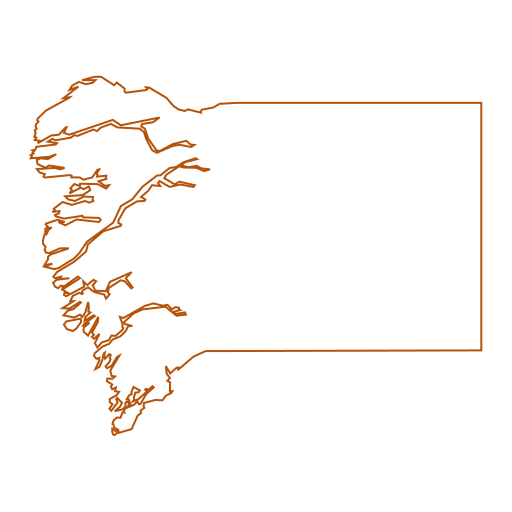 outline of Qeqqata Kommunia
{"feature_id": "GRL-2741", "entity_name": "Qeqqata Kommunia", "entity_type": "state/province", "adm_level": 1, "iso_a3": "GRL", "parent_name": "Greenland", "parent_adm1": "", "projection": "mercator", "projection_center": [-52.028, 66.171], "detail": "fine", "context": "isolated", "style": "outline", "palette": "amber", "viewbox_px": 512, "rotation_deg": 0, "n_neighbors": 0, "source": "natural_earth", "source_scale": "10m", "svg_char_len": 5866}
<svg xmlns="http://www.w3.org/2000/svg" viewBox="0 0 512 512"><path d="M118.5,432.9L118.4,431.1L114.6,435.2L113.2,434.5L112.1,431.4L112.3,428.8L115.3,431.1L117.5,429.5L114.0,427.4L113.5,424.4L112.5,423.9L113.6,420.3L117.0,417.5L120.5,417.7L122.5,412.4L124.3,412.6L123.7,411.6L125.2,408.4L133.9,404.9L137.3,401.4L139.0,404.3L140.7,403.7L145.9,394.4L153.7,387.4L152.5,386.2L148.9,389.6L145.7,388.9L145.2,389.8L147.2,391.2L138.4,399.1L133.0,401.4L134.3,399.5L133.8,397.6L135.4,392.6L138.6,392.4L139.8,390.4L133.5,387.0L131.4,392.4L131.7,394.0L129.0,395.5L126.8,399.1L128.6,399.3L130.5,404.3L128.6,404.9L129.3,403.5L126.9,401.4L125.4,403.0L125.6,406.5L122.3,409.4L114.8,411.2L119.9,406.8L122.1,402.8L117.0,397.9L116.2,399.1L117.6,402.5L111.3,410.8L109.4,408.7L112.5,404.3L109.8,402.2L109.7,399.1L116.7,395.2L119.0,391.8L115.0,391.2L115.8,387.5L112.3,389.3L110.9,386.8L112.2,384.5L107.0,381.3L107.2,378.6L112.5,378.7L115.0,376.5L111.6,375.9L110.3,370.6L119.3,355.7L117.0,357.0L111.6,365.8L107.1,368.2L105.6,366.4L109.5,361.9L110.6,359.1L109.7,357.9L110.7,354.9L109.1,354.2L105.1,358.7L104.3,356.0L104.8,352.7L103.7,353.6L102.4,359.8L99.5,366.8L95.4,369.1L99.5,360.1L98.6,359.4L99.2,357.9L96.4,358.7L93.9,355.7L94.8,353.2L102.3,346.7L109.1,343.8L112.7,339.5L120.4,336.3L125.6,331.1L128.1,326.3L132.4,325.9L124.9,324.0L124.0,322.2L133.7,313.3L142.6,309.4L165.5,306.7L176.5,315.7L185.9,314.6L185.0,312.4L175.1,314.0L174.2,311.6L180.1,310.1L178.8,309.4L179.1,307.8L175.3,307.2L172.0,309.4L167.4,304.8L162.8,305.7L153.4,303.4L144.8,305.9L123.4,318.0L119.9,316.9L122.6,324.3L122.4,327.3L123.3,328.1L122.7,329.6L115.5,335.9L111.4,335.6L108.9,340.1L101.9,342.4L97.3,347.5L94.9,343.1L99.5,333.8L94.1,338.8L91.8,336.8L93.9,334.9L92.0,332.6L97.8,322.1L98.3,316.9L88.0,335.6L83.8,331.9L83.4,330.1L84.0,327.3L89.6,322.8L83.4,325.2L84.5,323.5L94.9,316.1L93.7,315.3L84.6,320.6L85.4,316.9L90.5,312.4L88.3,311.6L88.9,307.9L88.2,302.0L85.3,312.5L82.3,316.9L80.0,314.6L74.3,317.5L63.5,315.4L67.6,310.8L73.5,309.0L80.9,302.6L79.9,301.9L69.3,308.6L62.5,308.2L73.5,301.1L70.3,301.1L72.9,295.8L79.4,292.7L81.9,294.1L82.8,293.5L81.9,292.0L82.8,290.3L88.2,287.4L93.9,291.9L104.3,294.6L106.0,298.7L109.7,294.2L107.8,292.3L108.9,287.9L120.6,280.3L124.7,281.2L131.3,288.4L132.6,287.4L125.8,278.2L131.7,272.2L110.0,281.8L105.8,291.2L95.4,290.7L92.7,285.3L96.1,281.3L93.5,279.8L87.2,285.1L83.3,281.3L84.3,286.6L66.2,296.2L63.9,295.0L64.5,292.9L67.9,293.0L62.3,289.6L80.0,278.2L77.9,276.6L62.6,287.4L62.9,285.9L60.8,285.7L58.1,288.2L55.1,286.7L53.0,282.8L56.7,279.8L69.5,278.2L60.1,279.0L61.1,276.7L55.0,278.2L53.3,276.7L57.1,272.0L74.5,261.5L86.1,251.4L87.9,244.4L103.2,231.3L120.6,225.9L121.2,224.4L118.4,223.1L118.4,220.5L125.2,208.4L137.0,201.4L144.6,200.9L145.3,199.4L141.0,197.0L148.2,190.8L152.0,185.2L160.2,186.0L158.0,182.9L159.5,181.1L169.6,186.9L180.4,184.5L193.5,187.0L194.9,185.2L179.3,181.7L174.7,184.4L164.3,178.2L166.4,174.7L179.1,166.3L183.8,167.5L196.4,167.8L204.0,171.1L210.1,169.4L200.9,168.3L196.9,165.8L188.3,167.2L181.3,165.5L184.7,162.3L197.1,159.1L195.6,158.2L183.1,162.4L176.4,166.9L169.5,168.1L160.4,175.3L156.9,175.6L142.5,186.7L132.5,199.1L120.9,206.1L113.2,222.6L87.0,241.7L79.5,252.9L74.1,258.4L58.4,268.2L54.0,269.1L44.9,266.8L52.4,263.7L44.4,265.2L48.0,259.3L48.0,256.8L50.4,254.6L68.8,248.3L60.1,248.3L48.8,253.2L46.0,252.6L44.6,249.9L45.6,246.8L43.2,244.1L42.9,240.5L44.6,234.5L46.4,234.4L48.7,229.6L51.8,227.4L48.7,228.2L45.3,233.8L45.3,229.0L47.8,226.7L45.6,224.4L46.2,223.5L57.7,219.8L64.8,222.0L58.3,222.0L65.3,225.3L76.5,219.5L98.9,222.0L100.7,219.7L98.9,217.9L83.2,217.4L82.5,215.8L64.1,218.6L55.8,216.4L54.9,215.0L58.9,213.4L59.5,211.1L52.4,211.9L54.9,210.3L53.7,208.8L62.6,202.0L71.9,204.9L84.9,201.0L89.4,202.6L93.3,201.0L92.6,199.3L93.0,197.0L83.9,196.5L75.0,201.0L68.2,199.4L65.1,196.3L82.7,195.1L90.2,190.2L88.8,186.5L83.7,189.2L80.6,187.7L69.5,193.5L71.9,190.0L70.3,188.4L74.3,184.0L79.9,186.1L80.0,183.7L97.5,184.1L106.2,188.6L109.1,185.2L104.7,185.8L98.6,181.3L106.3,178.9L105.7,178.2L106.3,175.7L97.0,176.6L97.5,174.7L96.7,173.5L99.2,169.4L97.5,169.7L92.3,177.4L83.4,179.7L79.7,177.4L71.3,177.4L71.6,175.7L70.0,175.1L45.1,177.5L43.4,176.6L44.9,174.2L39.4,172.3L36.9,169.1L55.2,167.9L60.1,169.4L64.5,167.9L49.0,165.5L45.7,167.7L37.5,164.1L36.8,159.9L40.9,158.3L47.7,159.1L56.4,154.2L49.3,156.8L30.7,158.3L31.9,156.0L30.7,155.2L33.5,153.5L32.6,152.8L34.1,151.1L32.6,150.4L35.4,149.5L36.3,146.8L55.7,144.5L57.0,143.2L47.8,141.6L52.5,138.8L55.4,140.3L71.0,137.6L74.1,135.2L77.5,135.9L93.3,129.5L97.0,131.1L100.7,127.6L110.9,123.9L117.3,127.4L139.8,128.7L143.9,132.0L146.2,138.9L152.2,150.2L156.8,152.8L172.5,146.0L179.7,144.8L191.1,147.0L194.3,145.0L190.5,144.5L186.3,140.8L172.5,144.2L159.7,151.1L156.5,150.4L148.2,138.5L144.9,128.7L141.2,126.4L142.0,124.0L152.8,122.3L159.6,117.5L120.8,125.3L112.8,119.9L69.2,134.7L63.9,132.8L66.6,127.2L65.8,127.3L58.8,134.7L51.3,135.5L37.8,143.2L39.4,140.8L34.7,140.0L36.3,137.6L34.4,136.8L35.6,133.2L34.9,130.1L36.6,128.7L35.6,126.5L35.9,124.5L38.5,121.5L37.2,119.9L37.9,118.4L46.0,110.5L68.7,98.1L69.8,97.2L63.5,98.1L78.4,86.6L69.5,89.9L72.2,85.6L78.8,81.9L85.9,84.2L92.5,82.8L95.5,80.1L82.1,80.1L94.5,76.8L101.1,76.8L114.2,85.2L116.8,82.6L124.6,88.6L124.6,91.5L125.7,92.7L146.5,90.0L147.5,89.0L146.0,87.4L149.0,87.5L166.5,97.9L173.7,106.2L178.7,109.5L184.7,111.0L188.1,109.4L201.1,112.7L200.8,111.0L202.1,109.6L213.1,107.6L219.7,103.8L236.6,102.9L481.3,102.9L481.3,350.4L205.5,351.1L193.4,356.7L177.6,370.2L178.8,367.6L176.7,367.6L170.2,373.4L165.8,366.1L166.7,373.8L169.9,377.9L167.4,380.9L170.1,382.3L169.9,391.5L172.4,391.1L171.3,393.1L165.8,395.7L162.5,400.3L155.1,400.0L143.9,403.0L143.6,406.5L144.4,407.8L140.6,410.5L141.0,413.2L137.6,415.7L131.6,429.1L118.5,432.9ZM66.4,321.4L80.7,318.6L81.0,322.2L76.4,328.5L72.7,331.0L66.9,329.1L63.9,324.6L66.4,321.4Z" fill="none" stroke="#b45309" stroke-width="2"/></svg>